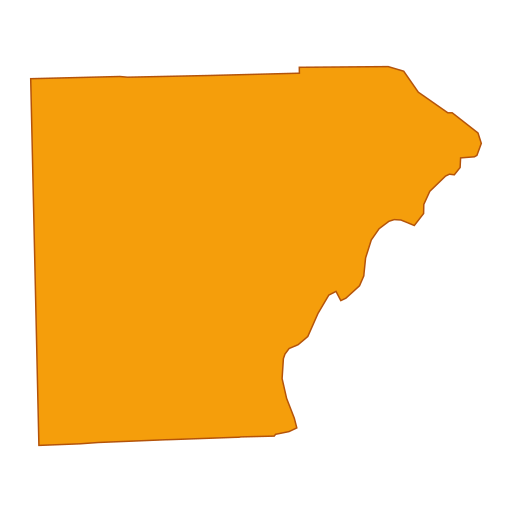 Monroe, Michigan, United States of America (Mercator projection)
{"feature_id": "52423323B88376990357091", "entity_name": "Monroe", "entity_type": "district", "adm_level": 2, "iso_a3": "USA", "parent_name": "United States of America", "parent_adm1": "Michigan", "projection": "mercator", "projection_center": [-83.415, 41.909], "detail": "fine", "context": "isolated", "style": "filled", "palette": "amber", "viewbox_px": 512, "rotation_deg": 0, "n_neighbors": 0, "source": "geoboundaries", "source_scale": "gbopen_adm2", "svg_char_len": 934}
<svg xmlns="http://www.w3.org/2000/svg" viewBox="0 0 512 512"><path d="M274.2,436.1L275.6,434.3L289.0,431.6L296.8,427.9L294.3,418.2L286.6,398.4L282.1,378.6L283.4,358.6L285.0,354.0L289.1,348.5L298.1,344.7L307.8,336.5L318.0,313.4L328.8,295.1L336.0,291.4L336.2,291.8L340.8,300.6L345.9,298.2L354.9,290.0L359.5,285.8L363.8,275.9L364.0,273.5L365.6,257.9L371.3,239.9L379.1,228.7L388.9,221.3L394.2,219.6L400.9,220.0L414.3,225.5L423.6,213.5L423.8,204.4L429.8,191.3L445.5,176.1L449.4,174.2L454.3,174.8L460.1,167.5L460.6,157.9L474.4,156.8L476.9,155.4L481.3,143.4L478.0,133.0L452.2,112.8L447.8,112.8L418.3,92.2L403.7,71.2L388.2,66.6L299.3,67.3L299.4,73.2L209.1,75.5L127.6,77.2L119.9,76.5L30.7,78.7L38.9,445.4L39.0,445.4L80.1,443.8L98.1,442.5L112.8,441.9L125.3,441.4L132.8,441.1L135.1,441.0L166.6,439.7L167.7,439.7L174.0,439.5L235.7,437.3L236.4,437.3L239.2,437.2L240.8,436.9L274.2,436.1Z" fill="#f59e0b" stroke="#b45309" stroke-width="1.5"/></svg>